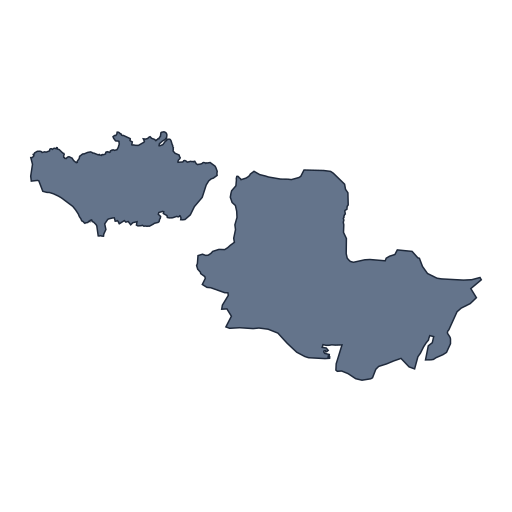 Wasagu-Danko, Kebbi, Nigeria (orthographic projection)
{"feature_id": "59680162B4050907661224", "entity_name": "Wasagu-Danko", "entity_type": "district", "adm_level": 2, "iso_a3": "NGA", "parent_name": "Nigeria", "parent_adm1": "Kebbi", "projection": "orthographic", "projection_center": [5.394, 11.45], "detail": "fine", "context": "isolated", "style": "filled", "palette": "slate", "viewbox_px": 512, "rotation_deg": 0, "n_neighbors": 0, "source": "geoboundaries", "source_scale": "gbopen_adm2", "svg_char_len": 6039}
<svg xmlns="http://www.w3.org/2000/svg" viewBox="0 0 512 512"><path d="M362.0,380.2L370.7,378.8L372.5,377.8L375.8,369.3L378.7,366.4L386.6,363.9L393.5,361.0L401.0,358.4L409.1,366.9L414.6,368.9L417.9,356.7L420.4,353.2L423.6,346.8L426.1,342.9L428.5,340.0L428.8,338.3L429.8,335.6L433.7,336.6L432.3,342.7L428.3,345.8L425.5,359.9L431.0,359.8L433.5,359.4L436.0,357.7L442.9,354.7L446.5,352.4L450.5,343.7L450.5,339.0L450.2,337.7L449.6,336.5L447.6,333.5L447.4,332.5L447.8,331.0L448.8,329.9L457.0,311.8L461.2,308.1L470.2,303.6L476.4,297.7L470.8,288.6L481.3,279.8L480.0,277.5L471.8,279.7L463.5,280.1L441.5,278.9L437.0,278.2L427.5,273.5L422.5,266.5L419.4,258.3L417.8,257.8L412.1,251.4L397.3,249.9L394.9,254.5L389.6,256.2L386.2,258.2L385.2,260.8L369.9,259.5L364.7,259.8L353.4,262.3L350.3,261.4L348.5,259.7L347.2,258.1L346.2,253.7L346.4,238.5L343.5,232.4L343.8,224.7L343.3,222.6L343.5,221.2L343.8,220.7L343.7,219.3L343.3,218.7L343.7,217.5L344.0,217.3L343.8,216.2L344.3,215.7L344.5,214.6L345.3,214.0L344.8,210.9L345.3,210.2L346.9,209.3L347.1,206.8L347.4,205.9L347.9,205.5L348.2,204.8L347.9,192.8L345.5,189.3L344.6,184.2L333.3,173.2L330.6,171.4L323.7,170.5L304.0,170.0L300.8,176.3L299.0,177.5L291.4,179.6L287.9,179.2L280.7,179.1L268.5,177.0L265.4,176.0L259.7,174.6L254.0,171.3L250.3,174.1L249.5,175.6L247.8,177.0L246.0,178.1L241.0,179.7L240.5,178.7L239.1,177.7L238.5,176.7L237.8,176.3L236.8,176.4L236.3,178.4L236.4,180.1L235.9,185.8L231.6,190.8L231.0,193.2L230.3,197.2L232.1,202.5L235.4,205.5L236.7,211.3L237.0,217.4L234.9,224.8L235.5,229.6L233.7,238.3L234.4,242.3L230.3,245.3L227.8,247.6L224.7,249.6L218.9,249.4L212.7,251.4L211.0,253.3L208.2,255.2L205.6,255.4L202.5,254.2L198.0,255.6L197.4,263.6L196.6,265.5L197.7,269.2L200.4,272.2L200.7,273.6L204.8,276.6L205.3,278.4L202.3,284.5L207.0,287.4L210.7,287.7L224.7,292.7L227.9,292.8L228.3,295.4L222.4,305.1L221.7,309.2L226.9,308.9L231.4,316.2L225.9,326.9L229.6,328.3L239.7,327.7L253.2,328.6L258.9,328.0L268.1,329.2L277.9,333.1L287.1,343.2L296.7,352.2L304.8,356.5L308.5,357.7L325.0,358.6L329.6,358.3L329.7,357.0L328.1,357.1L328.3,355.9L329.2,355.9L329.3,354.5L324.7,353.4L323.8,352.0L323.8,351.1L325.0,350.6L325.5,350.6L325.8,351.8L326.7,351.7L328.2,350.4L326.2,348.0L322.2,347.4L323.0,344.6L326.0,345.3L327.3,345.3L329.0,345.3L331.8,344.8L335.2,345.1L342.0,344.9L336.2,363.8L335.9,370.1L337.3,371.3L341.6,371.0L348.0,373.6L355.7,378.7L362.0,380.2ZM33.2,154.4L33.9,155.8L32.4,157.5L30.8,157.6L32.5,164.3L30.7,176.2L31.3,181.1L37.5,180.4L38.8,180.8L42.8,191.3L46.9,192.4L49.5,192.5L53.5,193.8L58.4,196.1L61.3,197.8L72.8,206.4L75.6,209.9L78.3,214.0L79.4,216.7L80.8,218.7L81.7,220.8L83.3,221.7L84.4,223.0L84.9,223.3L85.3,222.9L87.8,222.5L88.8,221.3L89.9,221.6L90.0,220.5L90.4,220.2L90.9,220.2L91.5,219.9L91.9,220.2L92.1,221.5L93.6,222.1L96.0,224.5L96.8,225.9L98.2,235.9L99.2,236.0L100.6,235.7L101.9,236.1L103.5,236.2L103.8,234.0L105.9,229.5L104.7,223.9L107.4,219.9L108.3,219.0L112.9,217.9L114.3,217.8L115.2,221.2L116.3,221.1L117.2,220.6L117.8,221.0L118.1,221.7L118.5,221.9L119.1,223.7L119.3,223.8L124.3,220.6L125.8,222.1L128.2,221.5L130.7,224.8L132.8,222.7L137.0,221.7L136.4,225.1L137.9,225.9L141.0,225.7L142.5,225.3L143.8,226.2L145.5,226.0L147.0,226.3L148.0,226.1L149.4,226.2L153.3,224.1L154.4,223.3L158.1,222.4L159.1,221.6L159.6,219.3L160.3,218.3L160.6,216.4L158.3,214.3L158.8,212.5L162.7,211.4L163.8,211.8L163.3,213.5L166.8,215.5L167.2,216.2L167.1,216.9L167.4,217.5L169.4,217.9L172.5,217.8L176.7,216.4L178.2,216.9L179.0,216.5L179.8,216.3L179.8,215.8L180.2,215.9L181.0,217.9L180.7,219.7L182.8,219.8L185.0,219.5L190.3,214.9L194.4,206.6L202.2,197.4L206.2,185.0L208.8,180.8L211.3,178.8L213.4,178.1L217.1,175.4L216.9,173.6L217.2,171.3L215.8,167.5L215.0,166.1L210.1,162.5L207.5,163.0L206.4,162.9L205.9,163.3L205.7,163.0L203.7,162.5L202.9,162.7L202.1,163.5L200.4,164.1L198.6,164.3L197.7,164.6L196.3,163.8L194.8,161.3L194.3,161.3L193.7,161.8L193.2,161.5L191.8,161.6L190.7,161.3L187.3,162.2L186.3,161.2L184.8,160.5L183.7,160.7L183.2,161.6L182.5,162.0L178.1,162.3L177.8,162.0L178.4,160.1L179.9,158.6L180.2,157.6L179.6,156.8L179.1,155.0L174.9,153.2L174.5,152.5L173.3,151.4L173.1,150.8L173.3,149.4L173.1,148.9L173.4,147.8L172.7,146.5L172.7,145.4L172.2,144.6L171.1,140.9L170.3,139.6L169.7,139.2L167.2,139.2L166.8,139.9L166.7,140.4L165.3,141.3L162.9,144.6L160.4,145.6L159.4,145.8L159.0,145.7L159.4,143.7L162.4,141.1L165.1,139.5L166.6,137.5L166.9,135.0L166.7,134.0L166.0,132.8L164.7,132.0L163.8,131.8L161.4,132.3L160.9,132.8L160.4,136.4L160.1,136.5L159.5,137.6L158.9,138.2L158.9,138.7L157.9,138.8L157.4,139.5L156.7,139.8L156.2,140.5L155.6,140.6L155.0,139.7L154.6,139.4L151.3,138.2L151.1,137.7L150.1,136.7L149.1,137.1L147.6,138.5L145.5,139.1L143.3,138.8L144.4,141.3L144.0,142.2L138.4,145.4L135.2,145.3L133.6,144.9L133.2,145.1L131.8,144.8L132.3,141.9L130.4,140.9L129.9,140.2L130.2,139.6L130.3,138.8L130.0,138.5L123.3,135.4L122.4,135.5L121.6,135.2L121.3,134.7L121.4,134.3L120.7,133.7L120.0,133.6L119.6,133.0L118.8,132.4L117.9,132.1L117.1,132.2L116.9,133.9L115.8,135.5L114.5,135.5L113.0,136.7L113.6,138.2L115.4,140.7L115.9,141.0L117.4,141.0L118.9,141.3L119.1,141.7L119.0,142.6L119.3,144.0L118.5,146.3L118.5,146.9L117.0,149.7L114.4,150.4L113.7,149.9L112.1,150.0L111.8,150.5L111.4,150.4L110.4,150.9L110.0,152.2L109.6,152.4L107.6,151.7L106.9,152.1L106.5,151.9L105.8,152.3L105.5,153.9L103.8,154.6L103.0,154.7L102.6,154.5L101.9,154.7L101.6,155.4L100.9,155.1L100.0,155.2L99.2,154.4L98.3,154.9L93.9,153.1L92.5,153.0L92.1,152.5L90.6,151.9L87.7,152.4L84.1,153.9L82.9,153.9L81.9,154.5L80.4,155.8L80.0,155.9L79.5,156.7L79.3,158.4L77.1,161.5L77.3,162.4L76.3,162.7L74.1,161.0L72.8,159.4L72.3,158.3L69.7,157.0L68.9,156.7L67.6,157.1L66.8,157.9L66.3,158.1L66.2,158.5L64.8,158.4L64.3,157.6L63.7,157.3L63.7,155.7L64.2,154.4L63.8,153.4L63.0,153.2L62.2,152.5L59.2,149.6L57.6,149.1L57.2,147.7L56.6,147.6L56.1,148.7L54.3,148.2L53.3,148.6L52.4,149.4L51.4,148.7L50.5,148.8L49.8,149.3L49.5,150.9L46.0,152.2L44.8,151.8L42.1,152.5L41.3,151.6L40.0,151.2L37.3,151.3L34.6,152.9L34.3,153.9L33.2,154.4Z" fill="#64748b" stroke="#1e293b" stroke-width="1.5"/></svg>